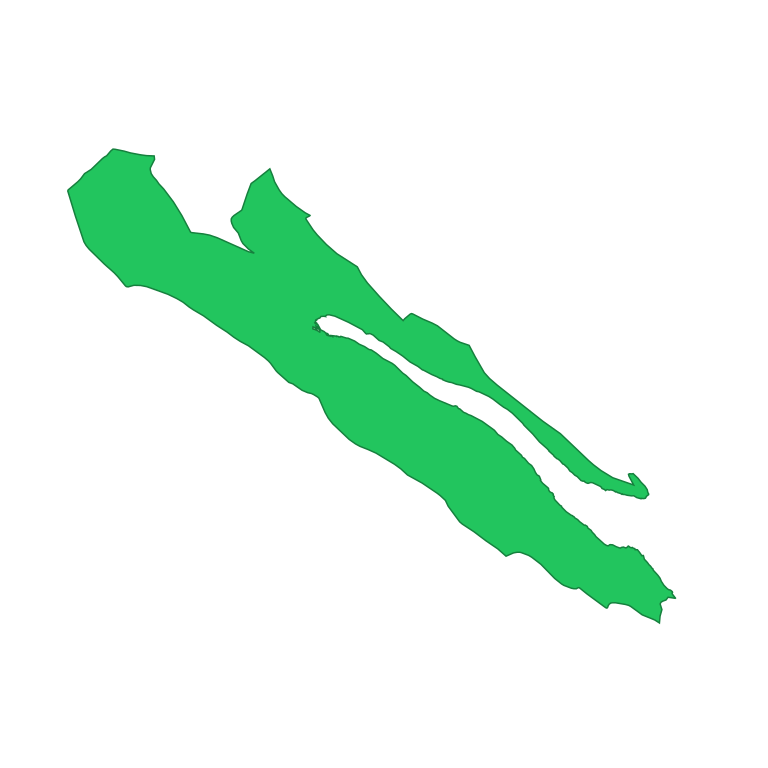 Seyðisfjarðarkaupstaður, Austurland, Iceland (Equal Earth projection), rotated 42°
{"feature_id": "244011B63317643398592", "entity_name": "Seyðisfjarðarkaupstaður", "entity_type": "district", "adm_level": 2, "iso_a3": "ISL", "parent_name": "Iceland", "parent_adm1": "Austurland", "projection": "equal_earth", "projection_center": [-13.887, 65.265], "detail": "fine", "context": "isolated", "style": "filled", "palette": "green", "viewbox_px": 768, "rotation_deg": 42, "n_neighbors": 0, "source": "geoboundaries", "source_scale": "gbopen_adm2", "svg_char_len": 6140}
<svg xmlns="http://www.w3.org/2000/svg" viewBox="0 0 768 768"><g transform="rotate(42 384 384)"><path d="M744.5,348.2L739.0,347.2L738.0,346.7L737.8,345.7L737.0,345.4L734.8,345.5L733.1,346.4L731.2,346.6L726.7,346.3L722.2,345.1L719.0,343.6L715.6,342.9L708.7,342.2L707.4,341.4L706.6,341.6L703.9,341.0L701.9,341.0L699.2,340.4L694.7,340.0L691.7,338.0L691.2,338.0L690.6,339.1L686.5,338.1L683.2,337.6L681.5,339.1L680.5,338.5L679.3,339.2L677.9,339.3L677.4,340.2L675.9,340.8L674.2,340.8L673.9,341.1L674.0,342.2L673.5,344.0L671.0,345.0L669.7,346.7L669.5,347.7L669.0,348.1L665.5,349.5L661.6,350.5L659.6,352.0L659.2,352.7L659.1,353.8L658.7,354.4L657.6,355.0L654.9,355.6L643.6,355.6L641.3,355.0L637.9,354.8L635.8,354.2L632.0,354.6L630.3,353.8L627.9,354.2L627.4,354.9L621.5,355.4L618.6,355.2L615.6,355.8L613.9,355.5L613.0,355.9L612.3,355.7L610.7,356.3L604.8,357.0L598.6,356.6L597.6,356.0L595.7,356.4L588.8,355.8L587.0,355.2L586.0,354.4L585.9,353.9L583.9,353.3L583.6,352.6L583.2,352.5L581.6,352.4L580.7,352.9L579.2,353.1L577.5,352.7L576.1,351.5L575.3,351.4L568.3,351.6L565.2,351.1L564.8,351.0L564.8,350.4L561.4,348.7L560.4,348.6L559.0,349.1L558.0,349.0L555.5,348.3L552.2,346.8L548.2,345.8L544.5,346.2L538.2,345.3L535.9,345.8L533.8,345.0L525.8,345.0L524.3,344.3L519.9,343.7L513.6,344.5L507.0,344.6L502.4,345.3L497.0,344.5L482.0,346.1L469.8,349.2L467.2,350.3L464.8,350.8L462.0,351.8L457.0,351.8L455.8,352.4L453.0,351.8L451.6,352.5L450.5,354.1L449.4,354.7L436.3,359.3L431.2,360.8L425.7,361.5L422.0,361.6L418.4,362.6L412.5,362.6L403.9,363.2L394.7,362.9L390.5,363.4L379.6,362.9L376.3,363.2L366.2,365.8L357.6,366.3L351.8,367.2L349.7,368.4L344.5,369.2L339.0,371.0L333.5,371.7L326.6,374.0L325.4,375.0L320.0,377.5L319.8,378.1L320.0,378.3L319.4,379.0L319.0,379.3L318.6,379.1L316.8,380.0L317.0,380.4L316.2,380.6L313.2,382.7L313.9,382.7L314.2,383.1L313.5,383.1L312.5,383.8L312.1,383.7L311.7,384.0L312.0,384.3L309.0,385.5L307.6,385.1L308.4,384.4L310.2,384.6L308.4,384.3L307.0,384.9L308.3,385.6L309.4,385.7L309.0,385.9L306.3,385.1L304.4,385.1L300.4,386.2L300.0,385.9L299.3,386.0L297.8,386.8L300.1,387.0L301.6,388.2L301.5,388.5L299.2,388.8L295.0,390.2L294.8,390.6L294.1,390.6L293.0,389.0L295.2,388.2L297.0,388.7L298.1,388.6L296.2,387.8L296.2,387.5L297.4,387.2L297.2,386.9L295.7,387.1L294.7,386.4L298.4,385.3L295.0,384.1L292.5,385.1L292.0,384.9L294.1,383.7L292.7,383.9L291.3,383.6L290.4,382.0L290.6,381.6L291.8,381.6L290.7,381.3L291.5,378.9L292.0,378.2L292.2,377.4L291.9,376.0L294.1,373.8L295.4,373.0L294.9,372.8L295.5,370.7L297.0,369.2L302.2,366.4L316.4,361.9L331.6,358.1L336.7,358.7L337.8,358.4L338.2,357.5L339.1,356.9L339.5,356.2L340.3,355.7L343.3,354.9L351.2,354.9L355.2,353.4L362.9,352.8L365.2,353.1L371.2,351.8L379.3,350.7L388.6,350.2L397.5,348.2L403.2,347.8L403.7,347.4L413.2,345.0L418.4,343.2L422.1,342.3L424.2,341.2L424.6,341.6L427.9,340.5L430.8,339.2L433.4,337.6L438.0,335.8L441.1,333.9L448.9,329.9L451.7,328.9L457.7,327.5L459.9,326.2L470.3,323.1L475.2,322.3L483.5,321.7L488.4,321.2L492.5,320.3L498.9,319.8L513.3,320.4L515.8,321.0L527.9,321.6L538.3,323.0L548.3,322.9L551.4,323.2L551.5,323.5L557.6,323.5L558.8,323.9L562.5,323.8L563.4,323.4L566.0,323.2L570.4,323.8L571.6,323.3L576.9,323.4L580.3,324.3L583.2,323.9L586.7,324.1L589.6,323.5L595.0,323.9L596.9,323.1L597.8,322.2L599.3,322.4L601.4,321.7L602.1,321.3L603.6,318.8L605.1,317.8L613.0,315.4L614.8,315.3L615.9,315.8L618.4,314.9L620.0,314.9L620.3,313.3L622.4,312.1L623.5,310.8L625.7,309.7L628.3,309.3L628.4,308.8L628.9,308.6L630.0,308.5L633.0,307.1L634.6,306.8L634.6,306.2L635.6,306.1L636.8,305.1L639.1,304.0L642.8,301.5L644.4,299.9L647.8,299.3L651.6,297.4L652.0,297.0L651.8,296.8L653.8,295.3L654.7,293.9L654.2,291.7L654.7,289.2L654.2,288.6L652.7,288.1L650.3,286.4L646.3,285.3L640.8,285.0L635.9,284.1L629.1,283.9L628.4,284.9L626.5,286.4L626.1,287.5L627.8,288.6L637.1,292.0L616.7,300.6L603.3,303.1L593.7,303.9L587.3,304.0L548.5,302.9L526.9,305.4L468.9,309.1L458.8,309.3L451.0,308.5L433.3,302.7L421.4,298.3L412.6,302.1L409.6,302.9L406.1,303.5L384.8,305.0L379.0,306.5L369.4,309.8L358.5,312.7L357.3,313.3L356.7,314.5L355.7,321.7L355.8,324.1L339.3,323.4L321.9,322.0L304.0,320.0L294.2,317.9L285.8,314.8L261.9,318.7L247.8,318.9L234.6,317.9L228.1,316.9L215.7,313.7L215.0,313.1L215.1,311.9L216.3,308.8L216.2,308.2L210.9,309.5L199.9,310.8L184.8,311.2L180.6,310.9L176.2,309.9L167.3,306.9L162.2,303.9L155.2,300.5L152.1,319.3L151.1,323.9L155.2,334.4L161.8,349.5L161.9,350.3L159.8,359.1L159.6,361.6L160.0,363.5L161.4,365.1L163.5,366.5L167.5,368.3L174.7,369.3L182.0,373.0L185.2,374.0L192.9,374.4L200.1,373.6L194.7,376.4L162.5,386.8L154.9,390.0L149.4,393.3L139.9,400.1L138.7,400.6L121.1,394.1L105.7,389.6L89.8,386.5L82.8,385.9L78.7,384.9L73.9,384.4L70.2,383.4L66.7,381.0L65.7,379.7L63.2,370.6L60.6,368.3L54.7,373.2L49.7,376.6L41.0,381.9L35.1,384.8L27.1,389.5L25.4,390.8L25.0,393.6L25.2,400.0L24.4,402.2L23.9,404.8L22.8,420.5L20.7,428.0L21.3,434.6L21.1,438.7L19.4,451.1L19.9,452.2L42.3,465.7L65.9,479.1L70.0,480.4L74.8,481.1L96.1,482.0L109.0,481.9L114.2,482.3L126.2,484.1L127.4,484.0L128.9,483.0L132.1,478.0L137.1,473.7L142.6,470.4L163.4,461.9L173.0,459.1L179.8,457.7L187.5,457.2L193.0,456.4L204.2,454.1L220.3,452.4L232.8,450.4L241.2,449.7L248.7,448.5L257.7,446.3L277.5,444.3L282.8,444.2L285.8,444.5L295.0,446.4L297.4,446.6L312.2,446.5L316.1,444.9L327.3,443.5L333.1,441.5L336.5,439.6L338.9,438.9L343.3,438.1L345.2,438.1L359.4,444.6L365.6,446.7L372.6,447.9L395.2,448.5L402.9,447.6L407.9,446.4L415.9,443.4L424.3,440.7L445.6,436.6L453.3,435.8L462.3,435.9L478.6,432.1L496.5,429.6L500.5,429.3L507.5,429.4L513.5,431.9L532.5,435.8L535.9,435.7L549.7,433.6L564.8,432.3L578.8,430.4L589.9,430.3L593.3,422.8L595.5,420.0L597.5,418.2L598.7,417.5L606.1,414.6L609.6,413.9L621.2,413.0L641.0,414.3L649.7,413.8L652.4,413.3L659.9,410.4L662.2,409.0L663.9,407.5L664.6,405.4L665.5,404.7L675.2,404.2L698.5,401.9L699.6,401.4L699.7,400.5L698.9,398.5L698.7,396.8L699.1,395.1L700.0,393.9L702.4,391.7L710.9,386.3L713.9,384.8L716.3,384.2L730.3,382.8L743.1,378.2L748.6,377.3L744.5,371.8L741.5,365.7L736.4,362.7L736.1,361.8L735.9,360.6L736.6,358.6L738.1,355.8L737.8,352.4L744.1,348.2L744.5,348.2Z" fill="#22c55e" stroke="#15803d" stroke-width="1.5"/></g></svg>